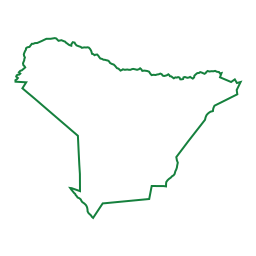 the district of Valença do Piauí, Piauí, Brazil
{"feature_id": "56859067B96285294064693", "entity_name": "Valença do Piauí", "entity_type": "district", "adm_level": 2, "iso_a3": "BRA", "parent_name": "Brazil", "parent_adm1": "Piauí", "projection": "albers", "projection_center": [-41.803, -6.392], "detail": "fine", "context": "isolated", "style": "outline", "palette": "green", "viewbox_px": 256, "rotation_deg": 0, "n_neighbors": 0, "source": "geoboundaries", "source_scale": "gbopen_adm2", "svg_char_len": 2689}
<svg xmlns="http://www.w3.org/2000/svg" viewBox="0 0 256 256"><path d="M25.9,49.7L25.0,51.2L24.3,52.9L23.8,54.4L24.1,55.9L24.9,57.5L24.3,59.1L24.2,60.4L23.5,62.0L23.0,63.3L23.4,65.2L24.4,66.1L25.2,67.4L24.0,68.5L23.0,69.3L21.9,70.3L20.3,70.8L18.9,72.3L20.3,73.6L19.2,74.6L17.9,74.7L16.7,75.3L16.2,76.6L17.9,78.0L16.9,79.2L15.4,80.2L15.5,81.7L26.2,82.3L22.4,88.3L28.3,93.3L33.1,97.3L71.7,130.5L77.9,135.8L78.6,150.7L79.3,164.7L79.9,174.0L80.0,191.1L71.7,188.2L70.2,188.0L71.4,189.7L72.9,191.5L74.0,192.9L75.2,193.9L75.7,195.1L76.6,196.0L77.6,197.5L79.4,198.3L80.7,199.4L81.4,200.8L82.3,202.1L84.1,203.3L85.8,204.9L86.7,206.4L87.2,207.8L87.5,209.5L87.6,211.4L88.6,213.2L89.7,214.2L91.0,215.4L91.9,216.8L93.1,217.9L102.7,203.4L105.2,203.2L149.2,199.0L151.7,186.0L163.9,186.1L166.0,186.4L166.1,183.3L166.3,182.0L167.6,180.2L169.1,178.8L170.7,177.7L172.1,176.2L173.5,175.4L174.6,174.0L175.3,171.4L176.3,169.3L176.9,167.5L177.1,166.0L177.4,164.5L177.8,162.7L176.9,160.4L176.6,158.6L176.3,157.1L188.6,140.8L205.0,119.8L205.6,117.3L206.5,115.2L207.6,113.9L208.7,112.9L210.5,111.7L212.9,111.1L213.2,108.9L213.6,107.6L214.5,105.7L237.3,94.3L236.7,90.0L240.6,82.0L236.9,83.0L234.8,79.4L231.1,82.0L220.0,77.3L221.5,73.1L220.0,73.5L218.9,72.0L217.0,71.8L215.1,70.9L213.3,71.3L211.6,71.2L209.4,71.5L207.6,71.0L206.4,72.0L205.6,73.1L204.5,73.8L202.9,73.1L201.8,72.6L200.2,72.1L198.9,73.0L197.3,73.1L195.7,74.4L194.4,75.7L194.1,77.4L192.8,78.6L191.4,77.8L190.1,76.9L189.0,77.5L187.3,77.8L184.9,77.0L183.5,77.4L183.1,79.0L181.9,79.3L180.3,79.3L179.5,77.6L178.1,77.1L176.8,77.6L175.3,77.4L173.8,78.3L172.4,77.3L171.3,76.4L169.9,76.2L169.3,75.1L168.3,74.3L167.2,75.1L165.8,75.6L164.1,76.0L162.7,75.6L161.7,74.2L160.3,73.6L158.7,74.3L157.1,74.5L155.6,75.0L153.5,74.8L151.6,75.1L150.5,73.9L149.8,72.9L149.1,71.7L147.2,71.0L145.8,70.8L144.3,70.6L142.3,70.9L141.2,69.2L140.1,68.3L139.0,69.2L137.1,69.8L135.1,69.3L133.1,68.9L131.8,69.2L130.5,69.8L128.9,69.8L127.3,69.5L124.8,69.8L122.9,69.3L121.9,70.0L120.5,70.6L119.5,69.6L118.4,68.6L117.0,68.2L116.0,67.0L115.2,66.0L113.8,64.6L111.5,63.8L109.9,62.8L109.1,61.4L107.8,60.5L106.6,60.3L104.9,59.8L103.4,59.7L102.0,58.9L100.3,58.5L99.2,57.1L98.3,55.7L97.1,54.5L95.7,54.7L94.5,55.2L93.4,54.2L92.0,53.8L91.6,52.2L91.1,50.7L90.1,49.0L88.8,47.6L87.6,47.3L86.3,47.5L84.2,47.4L81.8,47.8L80.7,46.9L78.6,46.2L76.5,45.4L75.1,43.7L74.6,42.6L72.8,42.2L71.5,44.0L71.3,45.7L70.0,45.3L68.7,44.7L67.5,43.7L66.0,42.7L65.2,41.7L63.6,41.1L61.4,40.2L58.5,40.8L57.5,39.8L56.3,38.5L54.8,38.1L50.6,38.8L46.4,38.8L43.4,40.2L42.2,40.8L37.2,43.0L34.9,43.1L33.3,43.8L31.8,43.8L31.1,44.8L30.2,45.9L29.5,46.9L27.3,47.3L26.0,48.3L25.9,49.7Z" fill="none" stroke="#15803d" stroke-width="2"/></svg>